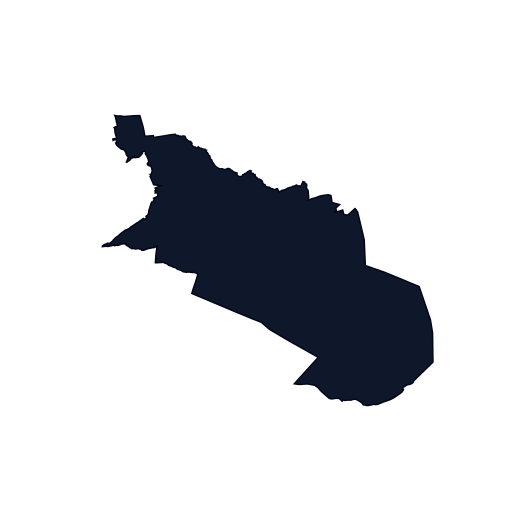 Nanacamilpa de Mariano Arista, Tlaxcala, Mexico (Natural Earth projection), rotated 246°
{"feature_id": "50627088B60175969461115", "entity_name": "Nanacamilpa de Mariano Arista", "entity_type": "district", "adm_level": 2, "iso_a3": "MEX", "parent_name": "Mexico", "parent_adm1": "Tlaxcala", "projection": "natural_earth1", "projection_center": [-98.513, 19.508], "detail": "fine", "context": "isolated", "style": "filled", "palette": "ink", "viewbox_px": 512, "rotation_deg": 246, "n_neighbors": 0, "source": "geoboundaries", "source_scale": "gbopen_adm2", "svg_char_len": 6117}
<svg xmlns="http://www.w3.org/2000/svg" viewBox="0 0 512 512"><g transform="rotate(246 256 256)"><path d="M259.1,365.7L257.3,360.5L256.1,356.3L258.3,353.1L262.7,353.9L263.7,345.9L264.9,346.2L264.4,347.8L267.3,348.4L269.0,353.3L273.9,347.2L280.7,349.1L282.6,346.9L283.5,343.8L284.5,340.1L284.9,337.6L285.0,333.8L285.6,330.5L285.7,326.2L287.9,327.9L293.9,330.0L294.3,330.1L295.6,330.1L297.3,329.7L299.9,331.0L300.9,331.4L301.3,331.3L302.6,330.4L303.2,330.4L303.8,330.5L304.4,329.5L304.9,329.2L301.3,325.1L301.8,324.6L302.2,324.6L303.0,322.7L304.3,322.0L304.4,321.9L304.4,318.6L304.7,317.9L304.7,317.4L304.4,317.0L304.4,316.5L304.8,315.1L305.1,312.4L304.8,309.6L305.4,306.0L305.3,305.6L305.1,305.3L305.0,304.8L305.3,304.4L305.3,304.2L305.3,303.9L305.1,303.2L305.2,302.8L308.7,303.0L309.1,302.1L308.9,300.9L309.1,299.7L310.5,298.6L311.9,296.8L312.1,296.7L312.9,296.6L313.4,296.2L313.9,295.0L314.7,294.3L315.0,293.3L315.3,293.1L315.9,293.0L316.5,293.4L317.1,293.4L317.8,292.7L319.6,291.8L321.9,292.2L322.7,291.6L323.5,291.6L324.9,290.4L325.2,289.5L325.7,289.2L326.1,288.8L327.4,288.8L327.8,288.1L328.3,287.8L329.0,287.9L329.7,287.8L330.6,288.3L330.8,288.3L331.4,287.0L332.6,287.0L332.7,286.5L333.9,285.5L334.6,285.4L335.7,286.2L336.2,285.9L336.5,285.1L336.5,284.5L336.3,283.4L336.4,282.7L335.7,281.2L335.8,279.4L335.4,277.9L335.6,277.0L335.5,276.8L335.0,276.4L334.7,275.7L334.8,274.3L335.0,273.4L335.4,272.9L336.1,272.6L336.3,272.2L337.1,271.8L338.4,271.7L339.4,272.4L339.8,272.3L340.0,271.8L342.2,269.5L344.1,268.8L344.7,268.2L345.7,267.8L346.2,267.3L346.6,267.2L347.1,266.5L347.4,265.8L347.5,264.3L347.5,263.2L347.7,262.6L348.0,262.0L349.6,260.5L350.0,259.0L350.4,258.5L351.2,257.6L351.9,257.0L353.8,255.8L355.9,255.1L357.4,255.0L358.5,254.7L360.3,254.4L361.8,254.6L363.5,253.8L366.2,254.5L367.1,253.8L370.1,253.7L370.6,252.8L372.6,253.7L372.4,252.6L373.3,252.4L374.1,252.9L376.1,249.9L376.7,249.9L377.1,248.7L379.2,247.7L378.7,245.6L378.9,245.1L379.1,244.8L379.3,244.8L380.1,245.0L380.2,244.5L380.6,244.3L381.1,243.3L381.4,243.0L381.9,242.9L382.6,243.0L383.4,242.6L383.7,242.2L384.1,242.1L384.3,242.2L384.6,243.1L384.9,243.3L385.1,243.1L385.3,243.1L385.6,243.2L386.0,243.3L386.7,242.9L387.3,242.5L387.7,242.4L387.8,241.5L391.3,239.8L394.3,239.8L395.4,238.1L395.4,237.9L395.4,236.9L396.5,235.3L396.2,234.7L396.2,234.4L396.4,234.3L397.1,234.3L397.9,233.8L398.1,233.1L398.0,232.3L399.9,232.0L401.4,227.8L402.6,222.9L405.9,210.6L407.7,211.2L410.0,204.8L410.8,203.2L416.1,204.6L420.6,205.5L423.0,205.8L431.5,207.0L433.3,202.8L437.2,192.0L438.6,190.0L439.4,188.5L440.3,186.3L441.2,184.9L441.8,184.2L440.7,184.2L430.7,182.2L431.1,180.6L431.1,178.6L429.7,178.7L426.0,177.4L422.3,176.9L419.7,176.4L420.7,174.7L421.1,172.8L419.7,172.5L419.7,174.2L419.2,175.6L415.8,174.8L416.3,173.8L415.1,173.7L413.9,173.8L412.7,174.3L408.5,176.4L407.2,178.0L406.5,178.6L404.1,179.2L401.5,178.8L401.2,178.9L400.1,178.9L399.5,179.2L399.1,179.8L398.6,179.8L397.0,178.4L394.5,175.8L394.2,176.4L394.6,177.2L394.7,179.1L395.1,179.6L395.1,180.1L395.6,180.4L395.6,180.9L396.0,181.1L395.8,181.6L396.5,182.3L396.7,183.1L396.7,183.3L395.7,183.4L396.5,185.5L395.6,185.3L395.0,185.4L394.8,186.6L394.2,188.1L394.0,189.1L394.8,191.5L395.5,193.1L396.0,193.9L396.3,193.7L397.0,194.0L397.3,194.6L397.2,195.1L397.5,195.2L396.9,196.6L397.2,197.3L396.0,197.4L395.1,197.1L394.5,196.5L393.2,196.6L392.1,197.1L391.1,196.8L388.5,196.9L386.4,196.5L385.8,196.3L385.5,196.1L385.3,195.8L384.9,194.6L384.1,194.1L382.7,194.3L380.6,196.7L379.8,196.4L378.4,196.4L375.8,195.7L374.1,194.3L373.3,193.0L373.4,192.7L373.0,192.9L372.8,193.3L371.8,191.6L362.8,191.5L362.6,191.6L359.0,197.7L359.1,191.4L356.8,191.4L356.7,190.3L354.5,189.6L354.4,191.5L352.4,191.2L350.5,190.6L350.4,185.9L349.4,186.1L348.7,185.7L348.6,185.1L348.2,184.9L347.4,183.8L347.4,182.8L347.6,182.7L347.1,181.9L341.0,176.5L339.0,175.4L337.4,173.7L337.0,171.6L335.2,171.8L335.0,171.7L335.1,169.3L335.3,168.7L335.6,168.3L336.0,168.3L336.0,167.9L336.0,167.5L335.7,166.6L335.4,164.8L334.8,162.5L334.7,161.8L334.7,161.1L334.1,157.5L333.6,155.2L333.5,153.9L332.7,151.0L332.7,148.7L332.8,147.9L332.6,146.2L332.0,143.8L331.8,142.5L331.0,140.2L330.7,139.0L330.3,137.9L329.9,135.4L328.6,132.0L328.2,131.5L327.9,130.8L327.2,128.4L327.1,127.7L327.2,127.1L327.8,126.1L328.1,125.0L328.0,124.2L328.1,122.7L328.0,121.4L327.7,120.9L327.6,119.8L327.0,119.4L326.4,121.6L326.1,122.0L326.1,122.8L325.4,123.7L324.8,125.0L324.4,127.1L324.0,128.7L324.0,129.5L323.7,130.2L322.9,131.0L322.8,131.9L323.0,132.1L323.0,132.4L322.0,133.8L321.7,135.3L321.6,138.1L320.7,140.9L318.5,142.2L317.9,142.3L316.7,143.5L315.8,143.8L314.9,144.3L314.7,144.7L313.4,145.3L312.3,147.7L311.3,148.9L310.7,151.6L309.5,152.7L308.9,153.8L308.5,153.9L307.8,153.9L307.1,155.3L306.9,155.7L306.8,158.8L306.5,161.1L306.0,162.9L305.7,164.9L305.3,165.7L305.1,166.5L305.1,167.7L305.5,169.1L305.5,169.7L297.3,164.8L290.8,161.3L290.4,162.0L287.9,168.8L286.5,169.9L285.8,170.8L284.6,171.8L283.1,172.4L282.4,173.1L282.2,173.6L279.0,176.3L278.7,177.0L278.0,177.6L277.4,178.3L276.3,178.5L274.4,180.4L273.5,181.7L271.8,182.5L271.1,183.3L270.6,184.1L269.9,185.1L269.5,185.7L269.3,186.7L268.8,187.5L268.5,188.8L267.8,189.4L265.8,193.3L264.6,194.5L263.1,195.6L256.2,189.6L250.8,184.6L247.9,182.1L212.4,215.4L199.4,227.8L193.4,233.8L184.3,238.1L182.4,239.2L163.1,253.0L159.8,255.5L138.1,271.6L123.7,239.0L121.9,241.8L120.9,243.7L120.1,245.7L119.4,247.9L117.9,251.5L113.9,257.2L112.1,258.1L111.5,258.7L108.7,259.7L105.5,260.7L96.1,265.0L94.6,267.1L93.3,271.8L92.6,272.8L92.2,274.0L88.3,275.7L89.0,277.1L87.9,278.4L87.3,280.5L85.6,284.5L85.5,286.6L85.0,288.2L83.1,290.2L78.8,293.0L76.4,293.5L74.1,296.9L73.8,297.7L73.0,301.1L72.7,303.2L71.8,304.4L71.2,306.1L71.0,307.0L70.8,313.0L70.2,320.1L70.4,324.0L70.9,327.0L71.9,332.3L72.3,333.7L73.8,336.3L76.0,336.4L76.3,337.0L76.2,338.5L76.6,339.8L76.8,341.3L76.6,342.7L76.3,343.8L76.1,345.2L76.1,346.2L76.3,347.3L76.6,348.0L77.9,349.5L87.1,374.5L113.9,386.0L126.7,389.4L161.7,392.6L188.7,367.0L202.8,352.0L227.0,361.5L254.7,366.7L255.7,366.6L256.7,366.2L257.5,366.3L259.1,365.7Z" fill="#0f172a" stroke="#020617" stroke-width="1.5"/></g></svg>